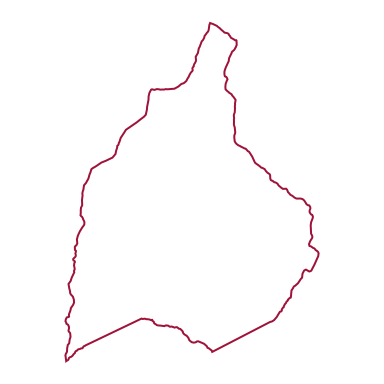 the district of Humahuaca, Jujuy, Argentina
{"feature_id": "61730980B42347447507011", "entity_name": "Humahuaca", "entity_type": "district", "adm_level": 2, "iso_a3": "ARG", "parent_name": "Argentina", "parent_adm1": "Jujuy", "projection": "robinson", "projection_center": [-65.497, -23.009], "detail": "fine", "context": "isolated", "style": "outline", "palette": "rose", "viewbox_px": 384, "rotation_deg": 0, "n_neighbors": 0, "source": "geoboundaries", "source_scale": "gbopen_adm2", "svg_char_len": 5859}
<svg xmlns="http://www.w3.org/2000/svg" viewBox="0 0 384 384"><path d="M85.3,345.5L141.5,318.6L142.6,319.0L144.5,318.7L145.3,318.8L146.1,319.2L147.5,319.2L149.6,319.5L150.7,320.0L151.4,320.0L151.9,319.9L152.2,319.9L152.4,320.9L152.7,321.1L153.1,321.2L153.4,321.6L153.7,321.7L154.1,322.7L154.1,323.1L154.4,323.5L155.7,324.2L156.8,325.1L157.5,325.3L158.9,325.5L160.7,325.6L164.0,326.1L164.4,326.1L164.7,325.9L165.9,325.4L166.7,325.5L167.5,325.5L168.1,325.6L169.7,326.7L170.6,326.7L171.2,326.5L171.8,326.5L172.5,326.9L173.2,327.0L174.4,327.6L176.2,327.2L177.0,327.2L177.9,327.9L178.3,328.1L178.7,328.6L178.9,328.7L180.1,328.9L180.5,329.1L182.0,330.6L182.7,331.4L182.7,331.9L183.0,332.3L183.1,332.9L183.5,333.5L184.4,334.4L186.7,335.8L188.1,337.5L188.5,338.1L189.1,339.7L189.3,340.1L189.9,340.7L191.6,342.1L193.4,342.6L194.9,342.5L196.1,342.1L197.2,341.3L198.0,341.3L198.5,341.4L204.1,343.8L206.8,346.2L207.5,347.8L208.5,348.1L211.7,350.5L212.2,351.9L270.2,321.9L271.9,321.5L274.1,320.1L276.8,316.9L279.8,311.9L280.3,311.6L281.2,311.4L281.8,310.6L281.8,309.4L283.0,307.6L283.7,307.2L283.8,306.3L284.4,305.3L284.6,304.5L285.9,303.1L286.6,301.5L287.3,301.1L288.0,300.1L288.0,299.6L289.9,297.8L290.6,297.7L290.9,297.0L291.5,290.4L292.9,288.4L293.5,287.1L294.0,286.4L294.7,286.0L295.3,285.7L296.4,284.6L297.2,284.0L298.1,283.1L300.7,279.1L302.1,277.6L302.5,273.7L304.1,270.6L305.0,270.0L305.9,269.6L309.3,271.5L310.8,271.0L311.3,270.6L314.3,264.9L317.7,257.3L318.2,256.2L318.6,253.4L318.1,252.0L317.1,251.0L315.7,250.1L314.5,248.5L312.9,247.8L311.0,246.4L309.5,246.0L309.0,244.2L310.1,241.3L310.8,240.1L312.1,238.1L312.4,236.9L312.1,235.6L311.1,233.7L310.7,225.4L311.1,222.3L312.7,218.1L312.9,216.4L312.2,214.9L311.2,214.5L310.3,213.4L309.6,212.1L309.6,210.6L310.4,208.4L310.2,206.9L309.2,205.4L307.9,205.2L306.5,204.2L305.6,202.6L304.5,200.9L303.4,199.7L302.3,199.0L300.7,198.6L299.5,198.5L298.0,198.6L296.3,198.5L294.4,197.5L292.2,195.7L290.4,194.8L289.1,193.2L288.0,192.1L287.1,189.7L286.0,188.7L283.0,188.9L281.6,188.0L279.1,185.9L278.1,184.8L277.6,183.8L276.4,182.9L275.5,182.5L274.3,182.2L273.3,181.5L272.6,180.8L271.7,180.6L270.9,180.1L270.3,178.7L270.1,175.2L269.7,174.3L269.0,173.7L267.3,172.6L265.7,170.8L264.9,169.4L264.3,168.9L262.1,167.8L261.2,167.6L259.6,166.1L255.3,163.0L254.7,162.1L252.2,156.6L251.2,155.1L250.7,154.2L250.1,153.4L249.1,151.8L247.8,151.1L246.0,149.0L245.2,148.5L244.3,148.4L243.4,147.8L240.9,146.6L240.0,146.0L238.5,145.4L237.5,144.7L236.6,144.0L235.4,142.6L234.7,141.2L234.3,137.7L234.3,136.7L234.3,135.6L235.2,132.9L235.2,132.0L234.7,127.2L234.3,126.1L234.0,125.1L233.9,123.8L234.0,122.1L233.9,119.4L234.1,118.6L234.0,117.0L233.8,115.7L233.9,114.8L234.7,112.5L234.8,111.6L235.0,107.8L234.8,106.7L235.1,104.9L235.0,103.5L235.6,100.0L233.8,97.3L232.1,95.4L231.7,94.4L230.7,93.7L229.1,92.7L228.5,92.0L227.3,91.1L225.6,89.4L225.4,87.5L225.4,86.3L225.7,83.6L226.2,82.4L226.8,80.7L227.5,79.4L227.1,78.2L226.4,77.0L224.9,76.3L224.5,74.8L224.4,73.0L224.5,71.3L224.8,70.2L225.8,67.4L228.7,61.2L229.0,58.7L229.5,57.3L231.4,53.5L232.0,51.8L233.9,50.2L234.7,49.2L235.1,48.2L235.7,47.5L236.0,46.5L236.7,45.0L236.5,40.6L236.2,40.2L235.2,40.3L234.4,39.8L233.5,39.1L232.8,38.8L231.0,37.8L229.8,35.8L229.1,35.1L228.7,34.1L228.0,33.5L227.1,33.1L224.5,32.6L222.7,30.9L221.9,30.3L221.1,29.5L220.3,28.8L219.6,28.0L218.6,27.4L216.7,25.8L212.7,23.9L211.9,23.7L210.1,23.0L209.4,24.8L208.7,29.8L208.1,31.5L206.9,32.8L205.8,34.4L204.6,35.9L204.2,37.7L203.0,40.0L201.7,41.4L199.7,46.8L198.8,48.4L197.9,53.0L195.7,56.8L196.0,60.2L195.9,61.1L195.0,63.0L194.3,64.0L194.0,64.9L193.7,65.6L193.7,66.5L192.7,67.5L192.4,68.6L192.7,70.2L192.3,71.1L190.9,72.5L189.6,74.7L188.6,77.0L187.7,78.3L186.3,81.0L184.4,82.7L183.5,83.3L182.1,83.7L181.2,84.1L178.4,86.5L174.5,88.7L167.4,89.3L165.7,89.1L164.5,89.5L160.0,89.6L159.0,89.3L156.9,89.1L154.3,89.9L152.0,89.3L151.1,89.7L149.4,92.9L148.6,96.5L148.5,99.8L147.1,106.9L146.9,109.7L145.8,114.7L144.0,116.7L139.4,120.2L137.1,122.1L125.9,129.8L124.0,132.9L120.7,137.9L119.5,141.8L118.8,143.0L118.7,143.9L118.2,145.1L117.2,146.0L117.2,147.5L116.1,150.9L115.5,154.0L112.5,157.6L105.8,160.8L101.5,162.5L95.6,166.5L92.8,168.1L91.4,169.2L90.4,172.5L89.5,174.6L88.4,178.6L85.9,183.1L84.0,185.3L83.9,186.5L83.7,187.2L83.4,189.7L83.0,190.5L82.4,193.1L82.4,194.0L82.6,195.1L82.0,200.0L82.2,205.3L81.0,207.7L80.7,211.0L80.8,211.7L80.7,214.0L80.5,215.3L81.0,216.0L81.9,216.7L82.4,217.5L82.9,218.4L83.1,219.3L83.9,220.7L84.4,222.0L84.3,224.4L83.8,225.4L82.2,227.5L79.9,231.3L78.8,233.6L77.8,235.9L76.9,239.4L77.3,243.3L76.4,245.3L75.8,245.6L75.6,245.9L75.3,246.2L74.8,247.0L74.9,248.1L74.9,249.3L75.1,250.2L75.9,250.8L75.9,251.6L75.4,253.5L75.8,255.1L75.7,256.1L75.3,256.9L74.2,257.9L73.2,259.0L73.2,259.6L73.5,260.4L74.3,260.9L74.8,261.4L74.9,262.1L74.3,263.2L74.2,264.3L74.0,265.3L74.7,268.7L74.6,269.6L74.1,270.5L74.0,271.2L74.3,272.2L71.8,277.5L71.2,279.2L70.7,280.9L68.5,284.0L69.4,288.9L70.1,291.4L70.1,292.9L70.6,294.0L71.2,294.9L72.1,295.7L73.0,296.9L73.9,299.8L74.0,302.7L73.1,304.9L70.8,308.2L70.8,309.0L70.5,309.9L70.4,310.6L69.0,314.2L68.9,315.5L69.1,316.5L68.7,317.0L67.0,317.3L66.3,318.2L65.7,319.8L65.5,321.4L66.2,322.5L66.4,323.7L68.1,324.8L69.0,327.0L69.0,328.2L68.5,330.8L68.6,331.2L69.0,331.8L69.6,332.3L70.2,333.3L70.5,336.6L70.3,337.8L69.9,338.7L69.4,341.1L69.3,342.8L69.1,343.4L67.8,344.9L67.2,348.1L67.0,351.7L66.4,353.0L66.0,353.5L65.7,354.3L65.4,355.7L65.5,355.9L66.2,361.0L66.4,360.8L66.9,360.7L67.9,360.1L68.4,359.6L68.6,359.1L68.8,358.3L69.2,357.8L70.2,357.1L71.4,356.7L71.9,356.3L72.4,355.7L72.9,355.4L73.0,355.0L73.6,354.2L74.0,353.8L74.7,353.3L74.9,353.0L74.9,352.7L75.3,351.8L76.0,351.0L76.8,350.7L77.2,350.5L77.4,350.2L77.7,349.7L78.2,349.4L78.8,349.2L79.9,349.0L81.0,348.4L81.4,348.4L82.5,348.2L83.0,347.3L83.2,347.1L83.6,346.4L84.9,345.9L85.3,345.5Z" fill="none" stroke="#9f1239" stroke-width="2"/></svg>